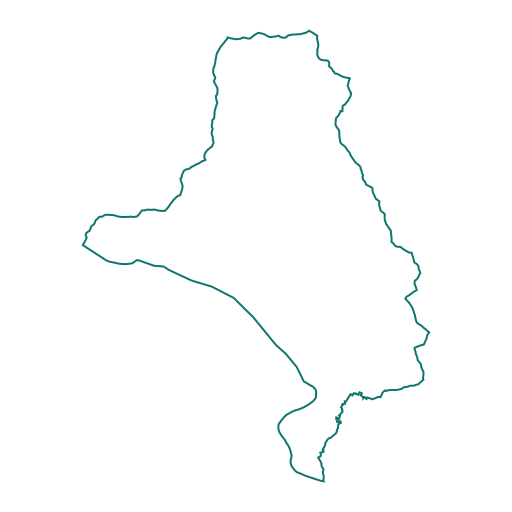 the district of Hangu, Neamt, Romania
{"feature_id": "2599482B88433775454679", "entity_name": "Hangu", "entity_type": "district", "adm_level": 2, "iso_a3": "ROU", "parent_name": "Romania", "parent_adm1": "Neamt", "projection": "robinson", "projection_center": [26.068, 47.052], "detail": "fine", "context": "isolated", "style": "outline", "palette": "teal", "viewbox_px": 512, "rotation_deg": 0, "n_neighbors": 0, "source": "geoboundaries", "source_scale": "gbopen_adm2", "svg_char_len": 6001}
<svg xmlns="http://www.w3.org/2000/svg" viewBox="0 0 512 512"><path d="M423.4,379.6L423.1,379.2L423.0,378.1L423.4,375.3L423.5,372.7L423.4,371.6L421.8,368.6L420.8,364.2L419.8,362.7L418.0,360.7L417.7,360.0L417.0,356.5L415.8,353.7L415.4,351.1L414.7,349.2L414.5,347.8L420.4,345.4L423.8,344.6L426.3,339.1L427.4,334.9L429.2,332.3L427.1,330.8L426.1,329.6L424.1,328.2L421.2,325.5L419.8,324.8L417.0,322.8L416.4,321.6L415.4,318.1L415.0,315.7L413.1,309.7L411.8,306.7L409.1,302.8L405.3,298.6L406.3,297.0L406.9,296.5L409.2,295.2L413.7,291.8L416.7,290.2L416.3,288.4L414.6,283.8L414.6,282.2L414.7,281.2L415.0,280.5L416.2,279.8L417.7,278.2L420.3,273.0L418.7,268.8L418.5,267.8L418.5,266.5L418.1,265.6L416.8,264.0L414.8,262.8L414.2,262.1L413.4,258.5L411.6,252.8L409.8,252.7L407.8,251.9L403.2,249.1L400.7,247.1L399.8,246.9L397.4,246.7L395.5,246.2L393.6,243.6L391.6,242.0L391.5,241.6L391.6,237.6L390.9,233.3L390.8,230.6L388.6,227.6L388.0,226.5L386.1,224.0L385.5,221.7L384.9,220.8L384.6,217.3L384.8,214.5L384.4,213.7L383.2,212.6L381.6,211.7L380.7,210.6L380.4,209.8L379.1,204.8L379.3,201.3L376.0,198.9L375.7,198.4L372.6,191.8L372.6,189.6L372.2,187.7L366.4,184.8L366.1,184.6L365.7,183.1L364.1,180.7L363.4,180.2L362.5,177.5L363.0,176.1L363.0,175.0L362.1,173.6L361.3,169.9L360.6,168.8L360.5,167.0L358.7,164.9L355.8,162.9L350.9,155.9L349.7,152.9L348.9,151.8L347.7,150.7L345.6,147.4L344.2,145.9L341.8,144.2L340.5,142.7L340.0,140.8L339.9,139.1L339.3,136.3L339.4,133.3L339.1,130.4L336.3,126.6L335.6,124.7L335.5,123.6L335.9,118.9L336.4,117.7L337.6,116.5L339.1,114.4L339.8,113.0L340.4,111.1L341.5,111.4L342.4,111.2L342.4,110.9L342.2,110.3L342.5,109.7L342.6,108.6L342.5,106.2L343.4,105.3L345.0,104.6L345.8,103.1L347.7,101.3L348.4,99.8L350.6,96.2L351.1,93.0L350.4,92.0L348.8,88.9L348.2,86.7L347.9,86.3L347.7,85.6L348.3,83.5L348.5,81.9L349.8,78.5L349.2,78.0L347.9,78.0L343.9,77.1L341.4,76.1L337.2,73.8L335.1,73.5L334.5,73.0L333.9,71.7L333.0,71.0L332.0,69.0L329.1,66.3L329.2,62.8L329.0,62.1L327.7,60.7L326.1,60.3L324.9,60.4L321.3,59.9L319.1,58.6L317.6,55.8L317.3,54.8L317.3,52.8L317.6,51.8L317.3,51.5L317.4,50.9L317.2,50.5L318.3,46.0L318.1,43.1L317.7,42.0L317.0,37.9L317.3,35.8L312.3,32.5L308.9,30.7L308.4,31.3L306.0,32.7L300.6,34.1L291.7,34.7L288.7,35.3L287.1,36.1L286.3,37.3L284.6,37.8L281.3,37.4L280.1,36.8L278.9,35.7L276.3,36.4L269.9,37.1L267.2,35.9L264.5,34.3L262.8,33.7L258.3,32.8L255.0,34.7L252.6,36.4L251.0,38.0L249.8,38.5L248.0,38.5L244.7,37.7L243.0,37.6L240.2,38.8L237.5,39.2L235.4,39.2L228.9,37.9L227.6,37.4L227.4,38.3L227.1,38.9L224.6,41.9L223.3,43.8L222.4,44.6L220.6,46.9L217.1,52.9L216.5,54.7L216.0,57.9L215.4,60.5L215.4,61.8L214.4,66.3L213.4,68.4L213.1,72.7L213.8,74.2L214.1,75.6L215.0,76.8L215.3,77.7L214.9,78.9L213.9,81.0L214.4,82.5L217.1,87.4L217.6,89.7L217.2,94.3L215.9,96.0L216.3,99.9L217.1,101.8L217.3,102.9L215.9,106.8L214.6,111.3L214.3,117.5L213.7,118.8L212.2,120.3L212.4,121.9L211.7,125.7L211.9,127.0L212.7,128.3L212.7,128.9L212.1,130.8L211.6,133.5L211.9,135.0L212.7,136.7L212.9,140.1L213.5,141.7L213.4,143.5L212.6,144.7L212.3,146.0L211.9,146.5L208.5,149.1L206.6,150.9L206.2,151.8L205.6,152.3L205.0,153.5L204.5,154.7L204.3,157.2L204.8,158.9L205.4,159.9L203.1,161.0L202.1,161.2L199.2,163.2L196.3,164.4L193.0,166.3L191.5,166.8L189.8,168.5L185.1,169.8L183.8,171.0L182.0,174.9L181.6,177.6L180.5,178.5L180.6,179.8L182.6,185.8L182.2,189.3L180.2,195.1L179.6,195.5L178.5,195.7L176.8,196.7L173.3,200.2L172.9,201.0L171.3,202.7L168.3,207.2L165.1,210.7L164.5,210.9L161.3,210.9L157.7,210.5L156.2,209.9L153.6,209.5L152.1,209.9L147.4,209.6L144.2,210.5L142.2,210.3L141.2,211.3L139.6,213.7L138.4,214.8L137.2,216.4L133.9,217.0L129.7,216.6L128.6,216.9L122.6,217.0L118.5,216.6L113.4,215.1L106.1,214.7L104.5,215.2L101.8,216.8L99.5,216.7L95.6,220.5L94.6,223.3L94.1,224.1L91.5,226.2L90.9,227.2L89.9,230.4L86.5,232.8L86.1,233.3L85.7,234.6L85.7,235.7L86.6,237.4L86.4,237.6L86.4,238.5L85.9,239.7L82.8,245.1L106.6,260.6L108.9,261.5L119.2,263.7L122.0,264.0L126.4,264.1L131.8,263.4L132.7,263.0L136.8,260.2L138.2,260.2L154.3,265.8L163.6,266.5L169.0,270.0L191.5,280.5L211.9,286.7L233.7,297.9L253.2,317.2L275.8,344.8L286.0,354.0L296.8,367.1L303.8,381.4L313.3,387.0L315.2,389.0L315.8,390.4L316.1,392.1L316.0,396.3L315.8,397.7L315.1,398.9L313.0,401.3L308.5,404.6L303.8,407.3L298.5,409.5L294.6,410.6L291.2,412.2L287.1,414.5L285.4,415.7L283.8,417.5L282.0,419.6L278.6,424.2L278.3,428.6L279.2,431.7L281.5,435.7L284.9,439.9L286.1,442.3L288.8,446.5L289.9,449.1L291.6,455.5L291.5,456.8L290.6,460.6L290.6,463.1L291.4,465.6L292.9,467.9L295.2,470.8L297.4,472.5L300.2,473.4L305.7,475.9L319.4,480.4L323.7,481.3L323.4,480.3L323.7,476.6L323.5,474.9L323.1,474.2L322.8,471.6L323.4,470.4L323.2,468.5L321.9,467.0L321.4,465.0L321.5,463.7L320.3,460.9L319.2,459.5L318.2,457.5L320.6,456.3L320.7,455.5L321.0,454.9L320.3,452.6L322.3,452.2L323.6,451.7L322.7,450.0L322.8,449.4L323.4,449.3L323.3,448.4L324.5,446.6L325.1,444.8L325.4,442.8L327.8,439.3L328.8,438.4L330.9,437.6L336.2,433.1L336.9,431.0L337.1,429.5L338.1,427.8L338.0,425.9L338.4,424.4L339.6,423.5L340.9,422.8L340.4,421.3L340.1,420.9L339.3,421.8L337.1,422.0L337.0,421.7L337.6,421.0L337.3,420.2L337.7,419.8L336.3,419.3L336.1,418.2L336.3,417.4L337.9,418.4L338.9,418.7L339.6,417.1L339.4,417.0L339.9,415.9L339.2,415.4L340.1,414.7L340.1,414.3L342.3,412.2L342.5,410.5L341.9,410.0L342.2,409.4L342.1,408.7L341.0,407.4L342.6,405.0L342.2,404.4L342.6,404.1L343.3,404.2L344.1,403.6L344.8,403.8L344.8,401.6L345.6,402.0L350.5,394.2L352.4,395.4L353.7,393.2L355.2,393.9L355.6,393.4L356.0,393.5L358.1,394.8L359.6,392.3L361.8,393.3L360.6,395.1L362.4,396.5L363.1,397.5L363.2,398.2L363.9,397.0L365.5,397.5L365.2,398.0L366.5,399.0L367.4,397.6L370.3,398.4L371.8,399.2L372.8,399.2L378.0,397.0L379.3,397.0L379.8,397.3L380.8,396.8L382.6,392.6L384.0,391.2L385.3,390.8L385.3,390.4L385.5,390.4L385.9,390.8L386.4,390.9L388.6,390.2L391.8,389.9L395.8,390.1L397.5,389.8L401.6,388.9L403.6,387.4L404.6,387.1L406.6,387.0L410.6,385.7L414.4,385.7L415.3,385.0L417.6,384.5L418.5,384.1L423.4,379.6Z" fill="none" stroke="#0f766e" stroke-width="2"/></svg>